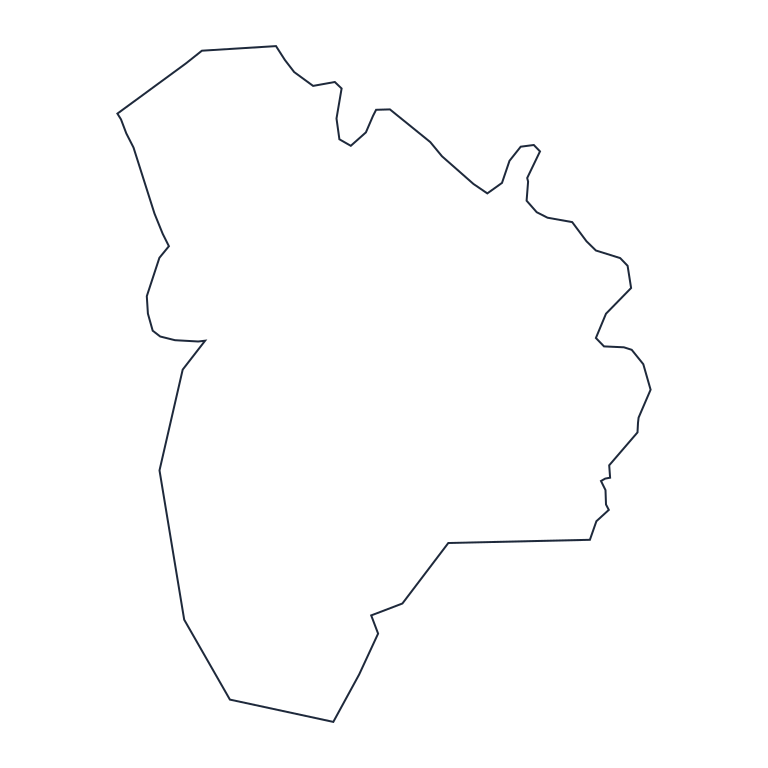 outline of Sinja, Sennar, Sudan
{"feature_id": "16777658B54691568406545", "entity_name": "Sinja", "entity_type": "district", "adm_level": 2, "iso_a3": "SDN", "parent_name": "Sudan", "parent_adm1": "Sennar", "projection": "mercator", "projection_center": [33.787, 13.125], "detail": "fine", "context": "isolated", "style": "outline", "palette": "slate", "viewbox_px": 768, "rotation_deg": 0, "n_neighbors": 0, "source": "geoboundaries", "source_scale": "gbopen_adm2", "svg_char_len": 1079}
<svg xmlns="http://www.w3.org/2000/svg" viewBox="0 0 768 768"><path d="M610.1,477.7L609.2,465.3L637.5,432.4L638.0,422.8L638.6,417.6L650.6,389.7L643.3,364.2L631.7,349.8L623.9,347.3L604.0,346.4L595.9,338.0L606.0,313.7L631.1,288.0L627.6,265.8L620.2,258.1L595.9,250.5L586.5,241.3L572.2,222.1L547.5,217.7L536.7,212.2L526.6,200.7L528.1,181.6L527.2,178.0L540.0,151.4L533.8,145.0L520.7,146.7L509.5,160.8L502.0,182.9L487.3,193.4L473.5,184.0L442.0,156.3L430.3,142.1L389.9,109.4L376.1,109.8L373.0,115.9L365.9,132.4L350.8,145.8L339.4,139.3L336.5,118.5L341.6,88.5L334.8,82.0L313.1,85.9L294.2,72.1L284.9,60.0L276.0,46.1L201.9,50.7L185.8,63.5L117.4,113.6L121.0,119.4L126.3,133.4L133.5,147.5L154.5,213.6L162.7,233.8L168.9,246.2L159.4,257.8L146.8,296.2L147.9,313.6L152.7,330.7L160.2,336.5L175.0,340.2L198.3,341.5L205.1,340.7L182.7,369.6L159.5,470.4L184.2,619.7L229.9,699.6L333.3,721.9L359.2,674.4L378.1,633.6L371.2,615.4L402.4,603.5L448.3,543.0L589.9,539.8L596.4,521.2L608.8,509.9L606.0,504.5L605.5,490.1L601.0,481.0L605.2,478.6L610.1,477.7Z" fill="none" stroke="#1e293b" stroke-width="2"/></svg>